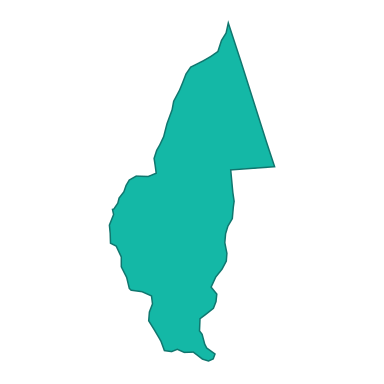 outline of Mathikoloni, Limassol, Cyprus
{"feature_id": "46923920B8484805668127", "entity_name": "Mathikoloni", "entity_type": "district", "adm_level": 2, "iso_a3": "CYP", "parent_name": "Cyprus", "parent_adm1": "Limassol", "projection": "albers", "projection_center": [33.058, 34.784], "detail": "fine", "context": "isolated", "style": "filled", "palette": "teal", "viewbox_px": 384, "rotation_deg": 0, "n_neighbors": 0, "source": "geoboundaries", "source_scale": "gbopen_adm2", "svg_char_len": 1104}
<svg xmlns="http://www.w3.org/2000/svg" viewBox="0 0 384 384"><path d="M228.3,23.0L226.1,33.0L221.5,40.4L217.9,51.5L210.9,56.4L203.3,60.8L190.7,67.1L186.0,74.0L182.5,83.1L179.5,90.3L173.7,101.2L172.1,109.8L167.0,123.7L163.7,136.6L159.8,144.9L156.7,150.3L154.1,158.4L155.2,165.6L156.2,173.2L148.2,176.5L136.2,176.1L129.3,180.0L126.1,185.4L123.9,191.8L119.1,198.0L117.8,203.2L113.8,209.1L112.5,209.4L113.6,214.5L109.4,225.1L110.2,233.4L110.5,243.2L116.2,246.1L121.3,257.0L121.3,266.8L126.7,277.5L129.3,288.4L131.1,290.2L142.0,291.7L151.5,295.9L152.5,303.9L149.4,312.0L148.7,320.8L154.3,329.8L159.1,337.9L161.0,341.3L164.4,350.6L171.6,351.6L177.3,349.3L182.7,351.7L184.3,352.4L193.3,352.1L202.4,359.1L208.5,361.0L213.2,358.9L215.0,354.0L206.7,348.0L204.7,344.1L202.1,334.3L199.5,330.9L200.0,318.7L206.5,313.8L213.4,308.3L216.0,301.6L216.8,294.1L211.1,287.1L215.8,276.9L222.0,269.2L226.3,261.1L226.9,253.4L224.8,242.7L225.6,233.7L227.9,226.1L232.3,218.6L233.3,207.2L234.1,201.3L232.8,192.2L230.7,169.9L274.6,166.7L266.2,141.2L240.8,61.2L228.3,23.0Z" fill="#14b8a6" stroke="#0f766e" stroke-width="1.5"/></svg>